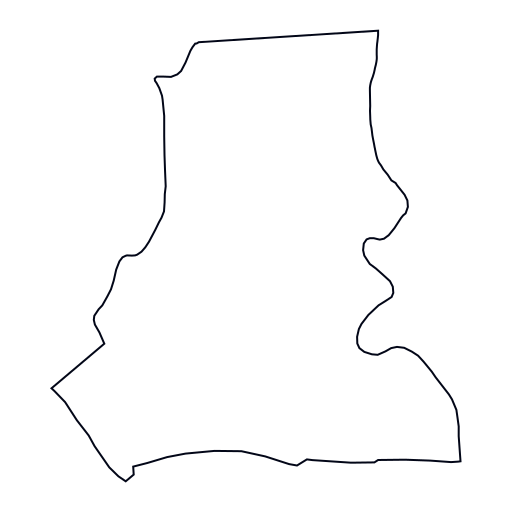 outline of Piaye, Saint Lucia
{"feature_id": "8701671B45365250149949", "entity_name": "Piaye", "entity_type": "district", "adm_level": 2, "iso_a3": "LCA", "parent_name": "Saint Lucia", "parent_adm1": "", "projection": "albers", "projection_center": [-61.022, 13.757], "detail": "fine", "context": "isolated", "style": "outline", "palette": "ink", "viewbox_px": 512, "rotation_deg": 0, "n_neighbors": 0, "source": "geoboundaries", "source_scale": "gbopen_adm2", "svg_char_len": 2255}
<svg xmlns="http://www.w3.org/2000/svg" viewBox="0 0 512 512"><path d="M51.5,388.3L54.3,390.9L65.1,402.1L76.9,420.3L88.7,435.5L94.6,446.2L109.3,467.4L118.4,476.3L125.7,481.3L133.7,474.6L133.2,466.6L147.3,463.0L167.1,457.1L185.5,453.6L214.4,450.9L241.4,451.2L265.2,456.4L289.1,464.1L297.0,465.5L306.9,459.4L312.4,460.1L351.1,462.7L374.4,462.4L378.1,460.0L405.1,459.7L430.2,460.6L451.1,462.1L458.5,461.6L460.5,461.3L458.7,436.2L458.7,426.4L457.5,417.6L456.4,409.9L452.0,399.4L448.9,394.4L435.7,377.4L431.8,371.7L423.6,361.7L418.1,355.7L411.8,351.6L404.2,347.8L397.0,346.9L391.2,348.1L385.4,351.4L377.7,354.8L371.9,354.3L364.3,351.9L359.4,348.1L357.3,343.5L357.1,336.8L358.9,329.0L361.5,323.9L368.4,314.9L378.6,305.3L385.8,300.8L391.6,297.0L393.3,292.9L392.8,286.7L390.0,281.2L383.0,274.8L375.9,268.5L369.8,264.0L364.3,255.6L363.1,250.2L363.8,243.5L366.6,239.4L369.8,238.2L373.8,238.2L377.9,239.2L379.8,239.6L384.0,238.7L388.8,235.1L394.4,228.2L401.1,217.9L403.2,215.3L405.6,213.4L407.9,206.9L407.4,200.5L404.6,194.8L397.0,185.2L395.6,183.0L391.4,180.4L387.7,174.7L383.4,169.5L381.0,165.4L379.0,162.7L378.1,160.9L377.3,158.9L376.3,155.3L375.6,152.0L375.1,149.6L374.9,148.4L374.6,147.2L374.0,143.8L373.4,140.8L372.8,137.7L372.4,135.5L371.9,131.3L371.5,128.1L370.7,124.4L370.3,119.6L370.2,116.2L370.0,110.8L370.2,106.0L369.9,90.4L369.9,87.7L370.2,85.4L370.7,82.9L371.1,81.4L371.8,79.3L372.8,76.7L373.3,75.0L373.9,73.1L374.2,71.8L374.7,69.6L374.9,68.4L375.8,64.9L376.1,63.4L376.4,61.9L376.7,59.7L376.8,58.4L376.8,56.8L376.7,54.6L376.7,52.5L376.7,49.5L376.9,46.4L377.1,43.7L377.4,41.6L377.8,38.0L378.1,35.1L378.1,30.7L198.8,42.2L196.6,43.5L195.2,43.6L192.5,47.2L190.4,50.8L185.5,62.6L181.1,71.0L177.3,74.4L171.0,76.9L163.4,76.6L156.9,76.6L154.7,78.6L155.0,80.8L156.6,83.1L159.3,88.1L162.0,95.7L162.6,99.6L164.2,115.9L164.2,136.3L164.5,155.1L165.0,169.7L165.7,186.3L164.8,194.1L164.6,202.5L164.3,207.0L164.0,211.4L161.5,217.7L159.0,222.2L155.2,230.0L149.0,241.7L145.3,247.3L141.5,251.7L137.1,254.7L135.1,255.4L131.9,255.6L127.0,255.4L125.6,255.8L122.5,257.3L119.4,261.4L116.2,269.6L113.7,280.7L111.0,289.3L107.3,296.5L102.3,305.4L98.7,309.2L94.3,315.8L93.8,319.9L94.9,324.6L99.4,332.4L104.3,343.7L51.5,388.3Z" fill="none" stroke="#020617" stroke-width="2"/></svg>